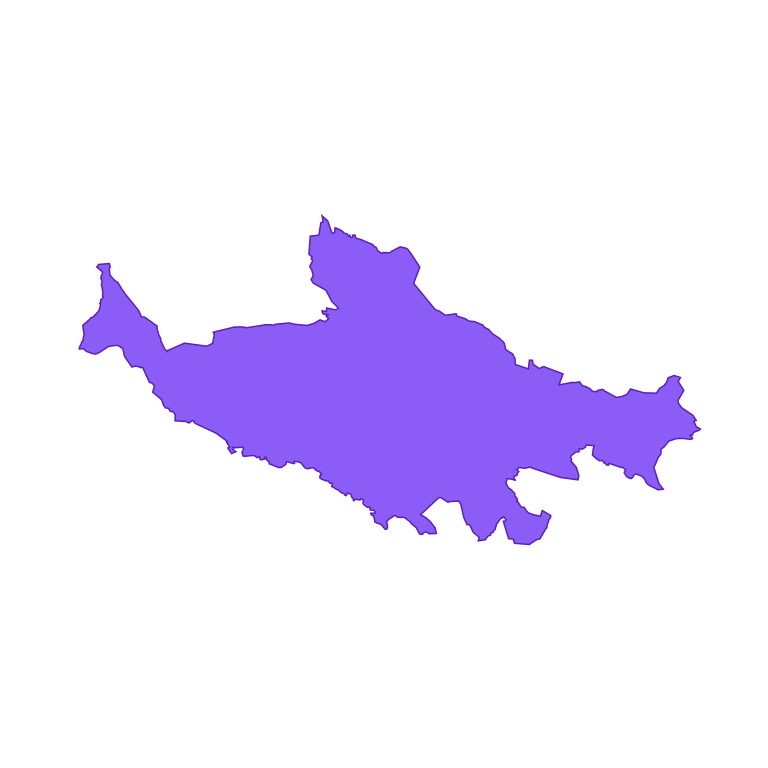 Novadnieku pag., Saldus, Latvia, rotated 202°
{"feature_id": "27541924B74609971281778", "entity_name": "Novadnieku pag.", "entity_type": "district", "adm_level": 2, "iso_a3": "LVA", "parent_name": "Latvia", "parent_adm1": "Saldus", "projection": "natural_earth1", "projection_center": [22.426, 56.607], "detail": "fine", "context": "isolated", "style": "filled", "palette": "violet", "viewbox_px": 768, "rotation_deg": 202, "n_neighbors": 0, "source": "geoboundaries", "source_scale": "gbopen_adm2", "svg_char_len": 6148}
<svg xmlns="http://www.w3.org/2000/svg" viewBox="0 0 768 768"><g transform="rotate(202 384 384)"><path d="M584.2,286.1L580.7,281.9L577.7,280.0L574.8,280.7L571.8,278.6L568.7,279.2L565.9,277.0L563.9,271.6L553.8,275.0L550.2,274.8L548.0,278.2L546.3,278.4L545.5,277.1L542.3,276.6L521.8,275.6L508.1,272.2L508.4,271.3L503.3,267.5L504.8,266.3L504.6,266.0L499.3,262.4L496.0,265.7L499.4,266.8L499.3,267.7L500.5,268.7L497.8,269.3L491.2,272.5L489.8,270.8L490.1,267.5L487.7,264.5L486.5,264.6L478.3,268.8L476.4,268.9L474.2,268.1L472.3,270.1L470.9,267.9L469.8,267.5L466.6,269.6L466.3,270.4L467.0,271.5L466.3,272.0L465.4,271.6L464.5,269.8L461.9,268.9L460.4,267.0L450.2,267.1L447.5,268.5L446.9,269.9L445.0,272.3L445.1,275.6L438.0,276.3L437.2,277.2L438.3,278.1L438.3,278.7L433.9,279.8L431.3,279.7L426.7,277.0L424.7,276.5L422.7,277.0L419.4,279.4L416.9,279.9L415.8,279.3L415.7,278.7L412.7,278.3L411.7,278.7L408.8,277.5L408.2,276.3L408.9,276.1L408.7,273.6L407.9,272.8L406.0,272.4L401.5,272.5L399.4,273.2L396.8,271.7L394.9,272.7L394.4,272.3L394.2,269.4L393.9,269.2L392.5,269.5L389.9,268.7L385.3,268.4L384.0,267.4L380.0,267.3L378.2,266.1L377.4,266.3L377.1,267.0L377.0,269.2L373.6,269.4L373.0,269.1L371.9,267.2L369.1,265.8L368.9,264.7L368.4,264.4L367.0,266.6L362.8,267.4L362.3,268.9L360.0,268.8L359.1,268.2L359.3,266.8L358.5,265.1L357.7,264.6L353.0,263.4L351.3,264.5L350.0,263.9L350.3,262.7L349.5,262.1L346.3,263.0L345.0,262.7L343.9,260.8L347.8,259.3L347.6,258.6L346.8,258.0L344.5,257.8L342.3,255.3L340.7,252.7L338.5,252.4L334.3,252.7L328.5,249.8L327.5,250.1L326.9,251.4L327.5,253.5L330.1,257.6L328.4,261.2L324.7,266.3L321.4,265.5L315.2,267.9L308.7,266.2L306.1,264.7L300.3,262.9L294.9,258.2L292.2,258.8L291.2,261.6L289.2,262.7L285.9,262.1L279.4,265.0L282.8,269.8L289.6,273.8L295.4,275.8L301.1,276.6L290.7,299.0L288.7,300.0L280.3,298.3L279.3,299.5L270.8,303.4L267.8,301.3L259.9,290.0L254.4,284.7L251.8,285.5L245.6,279.9L238.4,277.6L237.8,273.9L231.6,277.6L230.8,281.8L228.5,283.8L228.9,285.9L227.4,287.2L227.1,289.7L226.5,290.9L227.1,295.9L226.0,301.1L225.3,303.3L224.1,304.1L223.2,305.6L220.0,303.9L219.9,302.5L221.9,301.6L221.7,301.1L210.4,287.2L206.1,288.6L203.3,285.2L189.2,289.6L184.1,296.9L181.4,298.8L179.9,309.5L179.2,311.6L180.1,315.3L179.8,317.5L180.3,319.4L179.6,322.4L180.1,324.5L189.8,326.0L189.4,320.0L196.3,318.8L201.5,318.6L203.8,319.4L207.8,322.1L210.7,321.3L215.4,324.6L216.8,324.7L216.5,325.7L217.7,327.6L220.8,329.3L221.7,331.4L226.1,333.5L230.1,334.5L233.8,337.8L234.4,342.3L230.4,343.5L225.7,344.0L228.2,344.9L228.6,347.2L226.5,349.1L226.9,351.0L226.2,353.3L229.0,354.5L228.1,355.4L227.8,357.1L221.6,358.7L217.3,361.8L215.1,361.5L185.1,363.5L168.2,367.8L169.0,371.9L174.5,378.8L181.8,382.7L181.7,384.0L182.1,384.8L183.7,386.1L183.5,388.3L182.1,389.9L181.0,392.7L177.9,394.1L178.3,396.5L178.7,396.8L175.8,397.9L174.1,400.0L173.6,401.0L173.6,403.2L166.0,405.5L165.6,401.9L164.1,396.2L158.7,394.2L155.3,393.6L152.8,394.9L151.3,394.2L150.7,393.3L149.2,393.3L147.0,392.3L145.5,392.8L145.5,394.8L133.7,395.4L131.6,396.1L127.8,395.0L128.1,391.8L124.7,389.2L121.9,388.6L119.3,388.9L118.2,391.2L118.3,393.5L116.3,395.0L109.6,395.1L108.9,394.2L107.8,394.3L103.1,390.2L100.0,389.4L90.2,388.6L85.7,391.1L91.9,394.7L102.8,408.1L102.4,409.1L102.2,418.8L101.0,422.5L102.8,427.6L101.0,429.9L98.5,437.8L92.7,442.7L87.1,445.3L78.4,447.7L77.5,449.1L78.4,449.9L80.8,450.8L80.7,451.8L79.1,452.0L78.7,452.7L79.2,454.2L78.5,455.4L74.5,459.2L73.8,460.8L78.5,461.4L82.5,465.3L82.5,465.9L80.9,467.2L85.9,470.7L99.1,473.5L103.5,476.2L105.3,478.9L103.6,490.3L112.1,496.5L111.6,501.1L118.3,500.5L122.9,496.1L122.6,491.9L123.8,487.3L126.9,483.2L127.9,477.6L139.6,473.2L153.6,471.7L154.8,465.5L159.4,461.0L163.7,458.6L176.9,460.2L179.1,461.0L183.3,458.3L183.4,457.1L186.0,455.7L188.5,455.5L191.2,456.7L195.2,457.2L200.0,456.9L203.3,459.3L209.4,455.9L209.9,456.1L221.4,448.8L221.8,460.4L242.7,459.9L245.8,456.5L253.3,458.3L255.2,461.6L258.1,460.6L255.8,452.1L269.7,451.3L271.8,456.3L275.9,460.0L283.2,461.3L285.2,462.8L285.8,464.2L287.7,466.7L288.9,467.6L293.9,469.5L302.3,471.3L307.4,473.8L312.0,474.1L314.5,475.7L323.4,475.8L328.9,474.2L333.1,475.0L341.6,474.3L343.5,476.1L353.0,470.7L360.1,472.3L364.3,472.1L394.2,488.4L394.6,505.8L408.3,515.3L412.2,517.7L414.4,518.2L420.5,517.1L426.5,510.1L428.0,507.7L430.9,506.5L431.7,506.7L432.1,506.0L434.2,505.5L434.9,504.2L439.6,505.2L442.6,507.8L444.6,507.8L446.4,509.0L458.8,509.3L464.6,508.7L466.8,511.3L468.9,510.2L468.2,508.5L468.8,507.7L469.8,507.6L471.5,509.1L472.5,507.7L474.2,509.3L477.4,509.0L480.9,510.4L481.7,510.0L483.7,510.7L485.2,510.1L486.1,510.8L486.6,510.4L487.9,510.5L486.5,505.8L488.6,504.3L497.4,514.2L504.4,516.7L501.0,511.4L503.0,510.0L500.2,498.0L501.3,496.9L507.8,493.5L502.2,476.2L498.1,474.8L498.4,472.8L496.3,471.7L496.9,465.1L493.7,462.7L490.2,458.0L490.7,453.5L487.3,451.0L473.0,449.2L463.3,441.0L454.7,437.3L456.5,434.7L465.5,433.0L464.7,429.7L468.8,428.7L467.3,426.4L466.6,426.2L461.9,427.2L463.1,425.5L462.9,425.1L459.8,423.8L462.0,419.7L467.3,419.5L471.5,414.1L477.2,409.5L489.2,405.9L494.8,405.1L507.4,398.5L508.0,397.2L511.2,396.6L516.1,394.5L532.8,384.5L535.6,384.3L544.0,380.8L561.7,368.1L559.8,366.0L558.1,357.5L562.4,352.7L584.3,347.1L597.1,334.0L596.9,333.0L600.2,334.1L607.1,340.4L608.2,342.6L611.0,344.9L615.1,350.3L616.1,352.7L631.2,356.4L633.9,355.3L639.0,360.2L656.9,370.1L662.7,373.8L668.7,378.4L672.6,379.2L678.0,381.8L679.6,383.5L681.7,387.8L681.9,390.4L683.8,392.8L693.5,387.9L693.3,387.1L694.2,384.9L688.1,382.9L686.8,381.7L686.2,380.5L686.8,378.6L686.0,375.8L683.6,373.3L683.3,370.3L681.3,367.6L678.3,362.2L678.0,360.2L677.0,359.4L677.1,357.8L678.3,355.8L677.2,353.8L677.8,352.3L676.9,351.8L676.4,350.9L675.8,344.8L678.9,337.0L680.7,335.6L680.8,334.2L682.4,331.4L682.6,330.0L684.0,328.3L685.1,325.8L684.8,324.6L680.5,317.5L680.0,313.4L679.3,311.9L680.1,309.5L679.8,308.5L680.1,303.5L679.6,302.3L675.7,304.2L672.3,302.8L666.6,302.9L662.5,303.7L659.7,306.6L653.5,315.6L647.8,319.0L644.8,320.1L639.4,318.9L634.9,312.4L624.1,305.3L620.5,307.9L615.6,308.1L614.0,309.0L602.0,297.6L600.0,298.0L596.2,296.5L595.4,289.8L584.2,286.1Z" fill="#8b5cf6" stroke="#5b21b6" stroke-width="1.5"/></g></svg>